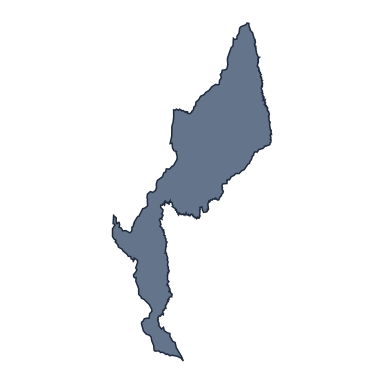 the district of Muak Lek, Lop Buri, Thailand
{"feature_id": "78962969B19510908422026", "entity_name": "Muak Lek", "entity_type": "district", "adm_level": 2, "iso_a3": "THA", "parent_name": "Thailand", "parent_adm1": "Lop Buri", "projection": "equal_earth", "projection_center": [101.32, 14.773], "detail": "fine", "context": "isolated", "style": "filled", "palette": "slate", "viewbox_px": 384, "rotation_deg": 0, "n_neighbors": 0, "source": "geoboundaries", "source_scale": "gbopen_adm2", "svg_char_len": 6030}
<svg xmlns="http://www.w3.org/2000/svg" viewBox="0 0 384 384"><path d="M183.3,361.0L181.6,356.7L176.3,347.8L175.1,342.5L172.7,341.3L170.0,336.5L169.9,333.5L167.3,332.8L164.3,330.7L163.5,327.3L161.4,329.0L158.6,325.3L159.1,324.7L158.8,322.9L157.6,320.2L158.3,319.8L157.7,318.3L159.2,315.8L160.4,316.2L161.7,314.1L163.3,314.8L163.5,313.9L162.8,312.4L163.0,310.3L164.0,310.2L164.6,308.6L165.9,308.4L165.4,305.5L166.3,304.8L167.4,301.8L168.3,301.6L167.7,299.8L169.0,299.6L168.7,298.6L169.2,297.7L171.2,296.1L171.7,296.6L172.1,294.1L170.5,292.8L170.2,291.2L169.0,291.5L169.9,289.1L168.2,286.2L168.5,285.4L167.3,285.0L167.7,284.8L167.3,284.1L167.6,283.3L168.9,281.5L167.4,279.9L167.6,277.8L167.2,275.5L167.8,275.0L167.7,273.2L168.3,272.9L168.0,272.2L169.0,271.8L169.0,270.1L168.2,269.4L168.4,267.0L167.7,266.6L167.6,264.0L168.1,261.8L167.0,259.5L167.7,259.0L167.5,257.3L166.5,255.0L166.6,253.8L166.0,252.9L165.1,253.0L165.7,251.8L165.3,250.0L165.7,249.3L165.8,246.9L166.4,246.6L166.0,243.9L167.1,242.1L165.9,241.4L166.0,238.9L164.9,237.2L165.1,235.7L163.8,234.9L164.2,232.9L163.4,231.9L163.9,231.2L162.9,230.7L163.5,229.7L162.0,229.0L161.8,227.5L159.9,226.3L161.0,224.4L160.4,223.1L160.3,221.3L159.3,220.4L160.3,218.4L161.9,219.2L161.6,218.3L163.1,215.2L161.6,213.9L162.4,212.9L163.1,210.0L160.6,207.2L160.8,205.2L162.1,205.3L163.0,204.0L164.5,205.2L164.8,204.2L164.2,202.5L164.9,201.4L165.4,202.2L165.8,201.5L166.4,202.7L167.5,202.5L167.4,203.1L169.0,204.1L169.2,202.2L170.1,200.8L170.1,202.4L171.1,202.0L172.0,202.7L172.7,205.4L172.2,206.5L175.6,208.8L175.5,209.5L176.1,209.7L175.7,210.2L176.6,210.6L176.9,212.3L178.0,212.6L178.0,213.8L178.3,213.6L178.7,214.8L179.7,213.2L181.2,214.6L183.2,214.0L183.5,214.8L184.4,214.6L184.9,215.2L186.0,213.0L186.4,214.7L187.9,215.1L188.5,214.4L189.2,215.8L190.1,215.8L190.7,214.5L191.8,214.0L192.5,215.6L193.3,215.5L193.5,216.8L194.8,216.8L195.2,218.0L196.4,217.7L196.7,218.5L197.7,217.2L198.1,218.2L199.1,218.1L200.0,216.0L199.6,215.9L200.0,211.3L199.6,210.4L200.2,209.4L199.9,207.5L201.8,206.9L202.5,210.4L203.8,212.4L206.8,211.8L207.6,210.3L207.3,209.5L208.2,209.7L208.5,209.1L207.8,204.0L208.7,201.7L209.3,201.9L209.2,200.9L210.0,201.3L210.8,199.7L212.1,200.1L212.8,199.0L215.1,199.1L215.0,198.4L215.6,198.0L217.4,200.0L218.8,199.9L219.6,197.6L221.4,195.7L221.6,194.3L222.9,193.0L223.3,191.1L222.1,189.4L222.5,187.5L221.8,186.0L222.8,183.9L227.0,183.5L226.9,180.3L227.6,180.5L228.2,179.4L229.5,179.8L231.3,176.7L234.4,175.2L235.5,173.6L239.1,173.5L241.7,170.8L244.2,169.7L247.9,164.1L249.5,163.4L249.8,161.8L251.4,159.5L252.4,156.1L253.6,155.3L253.7,153.6L255.1,151.8L257.2,152.1L258.9,149.5L262.8,148.5L265.5,145.7L266.1,146.1L269.7,144.7L270.1,142.9L270.7,142.6L271.1,139.9L270.3,139.5L271.0,137.8L270.1,135.2L270.5,134.4L271.5,134.6L271.5,133.7L270.9,132.3L271.3,131.0L270.9,129.9L270.4,130.0L269.6,124.5L270.1,122.2L269.5,122.2L268.9,119.4L269.1,117.1L268.4,116.4L269.4,114.6L268.5,111.4L268.1,111.6L267.2,110.1L267.7,108.3L267.4,107.4L266.9,107.5L266.4,106.0L266.0,106.5L265.1,105.4L265.5,104.5L265.2,104.9L265.1,104.1L264.6,104.1L265.6,102.8L264.6,101.8L265.0,100.3L264.3,100.9L264.1,100.1L263.5,100.2L263.8,99.9L263.5,99.0L264.0,99.1L264.0,97.4L263.2,97.3L263.6,96.4L262.7,95.9L263.0,95.4L262.4,94.1L262.8,93.4L261.6,92.7L262.1,92.1L261.5,91.7L262.4,91.8L262.4,91.1L261.2,88.5L261.6,86.4L262.0,87.0L262.5,86.1L262.2,85.5L262.6,83.8L261.9,83.0L262.4,82.6L261.6,80.9L262.3,80.4L261.6,80.0L261.6,78.0L261.1,77.7L261.2,77.3L260.7,77.5L260.4,75.9L261.2,74.5L260.0,73.5L260.4,72.6L259.4,71.8L259.4,70.4L258.7,70.6L258.9,68.1L258.2,66.9L257.3,66.7L257.8,62.5L258.2,62.7L258.4,62.0L258.3,60.0L257.9,59.9L258.5,59.0L258.1,58.4L259.4,57.3L258.2,57.1L256.3,52.5L256.4,51.1L255.7,49.6L256.1,48.9L255.5,47.7L256.0,47.0L255.6,46.1L254.9,46.1L254.5,44.2L255.1,43.9L254.9,43.0L255.5,42.2L254.9,41.2L255.2,41.2L255.0,39.5L254.2,38.7L252.6,32.8L250.0,29.9L250.2,29.2L248.9,25.8L248.9,23.4L247.9,23.1L247.1,23.0L245.8,24.8L241.1,26.6L239.7,28.1L239.0,33.2L237.0,36.2L236.9,38.9L234.6,39.5L233.4,38.4L233.0,46.0L231.2,47.5L227.6,57.8L227.4,60.0L227.8,64.5L227.0,68.6L225.3,69.9L222.3,70.2L221.5,73.5L220.3,74.4L221.3,77.0L220.8,78.8L219.6,80.2L219.1,84.3L218.2,84.8L215.6,84.4L211.7,86.9L208.9,90.6L206.0,92.2L204.1,94.6L200.6,96.3L198.8,99.6L196.0,102.0L195.5,105.8L193.9,107.0L193.3,110.0L191.7,111.5L191.7,112.3L189.6,113.7L187.7,113.3L187.6,111.9L187.0,111.8L186.8,112.5L185.9,111.6L185.1,112.2L183.2,110.5L181.5,110.8L181.0,109.9L179.4,109.2L178.6,110.3L176.3,109.1L175.3,110.3L173.6,109.9L173.7,117.1L173.1,122.3L171.9,126.3L171.7,136.3L170.1,143.6L172.1,143.2L172.5,148.0L173.9,150.6L176.4,151.6L176.1,152.3L177.3,157.2L176.7,160.0L173.4,165.8L172.1,166.2L169.5,169.1L166.3,168.9L165.6,171.9L163.8,172.9L162.4,176.8L157.4,180.4L156.3,184.0L156.5,187.8L155.5,190.5L152.9,192.4L150.3,191.6L147.4,194.2L147.0,198.0L147.5,199.1L147.3,201.7L147.7,205.8L145.1,207.9L142.6,208.8L139.0,216.2L138.0,216.4L136.8,217.8L134.1,222.5L134.3,223.5L133.6,223.9L133.3,226.3L131.9,227.2L132.0,229.3L131.4,231.6L129.8,232.8L125.8,230.6L122.7,230.8L121.2,228.0L119.0,227.1L119.7,224.9L119.1,222.4L118.2,222.4L117.3,223.6L116.7,223.5L116.1,221.1L116.3,218.0L113.6,215.5L113.1,223.7L114.6,224.2L114.9,225.1L112.5,228.8L112.5,236.5L114.0,239.0L115.8,240.0L116.0,241.0L115.3,241.3L115.3,242.0L117.7,244.5L118.5,247.1L122.3,249.3L122.8,250.7L127.0,254.2L128.3,256.3L130.8,256.6L131.2,258.9L132.8,259.3L133.3,261.2L133.9,260.4L134.3,258.1L137.4,260.2L137.5,262.7L135.7,268.0L136.9,269.7L136.1,271.6L133.5,274.8L133.7,276.6L134.4,277.7L136.1,277.6L135.8,281.2L138.6,288.4L138.7,294.4L141.1,296.8L141.3,298.1L144.1,299.4L149.5,304.8L151.7,309.2L151.9,311.2L149.7,313.8L149.0,318.3L146.7,318.1L144.3,318.8L142.9,321.4L141.6,322.2L141.5,323.9L143.4,330.9L146.2,334.1L149.5,335.3L151.1,337.0L151.7,340.6L153.7,345.6L154.1,350.3L155.0,351.1L158.1,350.9L159.6,351.3L160.4,352.5L163.0,352.3L166.1,354.5L167.6,354.1L169.9,355.8L171.8,355.2L177.1,356.2L181.1,358.2L183.3,361.0Z" fill="#64748b" stroke="#1e293b" stroke-width="1.5"/></svg>